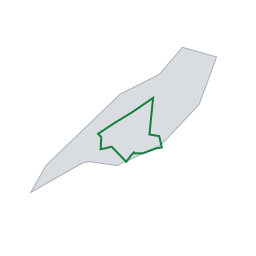 location of Ngeremlengui within Palau, rotated 218°
{"feature_id": "PLW-5256", "entity_name": "Ngeremlengui", "entity_type": "state/province", "adm_level": 1, "iso_a3": "PLW", "parent_name": "Palau", "parent_adm1": "", "projection": "natural_earth1", "projection_center": [134.562, 7.532], "detail": "fine", "context": "in_parent", "style": "outline", "palette": "green", "viewbox_px": 256, "rotation_deg": 218, "n_neighbors": 0, "source": "natural_earth", "source_scale": "10m", "svg_char_len": 564}
<svg xmlns="http://www.w3.org/2000/svg" viewBox="0 0 256 256"><g transform="rotate(218 128 128)"><path d="M134.8,225.1L101.9,238.5L86.5,190.4L91.6,134.7L113.4,91.8L137.1,78.1L142.0,73.2L165.0,17.5L169.5,48.2L155.0,150.0L136.3,189.7L134.8,225.1Z" fill="#d9dde1" stroke="#a8b0b8" stroke-width="1"/><path d="M98.4,140.8L89.4,133.5L93.5,129.0L100.8,117.1L107.3,112.0L108.2,112.4L108.7,108.9L108.6,100.3L129.3,103.2L136.4,94.4L143.5,104.4L148.0,105.0L141.5,124.3L134.4,143.1L126.8,167.2L107.1,136.1L98.4,140.8Z" fill="none" stroke="#15803d" stroke-width="2"/></g></svg>